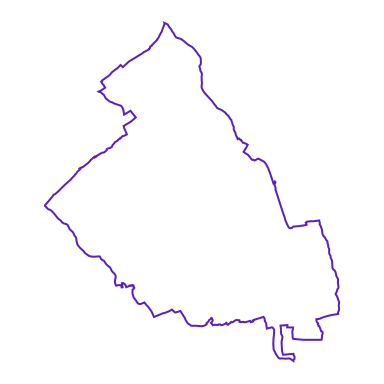 Dragomiresti, Bacau, Romania (Equal Earth projection)
{"feature_id": "2599482B49299083391810", "entity_name": "Dragomiresti", "entity_type": "district", "adm_level": 2, "iso_a3": "ROU", "parent_name": "Romania", "parent_adm1": "Bacau", "projection": "equal_earth", "projection_center": [27.362, 46.63], "detail": "fine", "context": "isolated", "style": "outline", "palette": "violet", "viewbox_px": 384, "rotation_deg": 0, "n_neighbors": 0, "source": "geoboundaries", "source_scale": "gbopen_adm2", "svg_char_len": 5966}
<svg xmlns="http://www.w3.org/2000/svg" viewBox="0 0 384 384"><path d="M329.3,253.7L329.1,253.0L329.2,249.0L328.3,247.0L328.2,245.5L327.5,242.8L327.3,241.1L326.1,239.8L325.0,237.6L323.4,235.8L322.8,234.7L322.4,233.4L322.0,229.7L320.4,225.3L319.8,224.8L319.7,224.4L319.8,222.8L319.5,221.7L319.0,221.0L319.1,220.5L313.0,221.3L310.9,221.2L307.3,221.6L306.8,221.8L305.8,222.7L306.4,224.0L306.7,224.3L306.5,224.9L305.6,224.9L305.3,225.2L298.2,226.2L293.3,226.6L292.0,227.8L290.5,228.2L289.4,227.9L288.6,227.2L287.0,224.1L285.2,220.0L285.2,219.5L284.2,216.0L283.4,214.1L275.6,189.9L275.5,188.6L275.6,187.8L274.6,185.3L274.5,184.6L275.2,183.0L275.4,182.0L274.9,181.5L274.5,182.3L273.4,183.3L269.7,172.1L268.7,170.1L268.5,168.8L265.9,163.8L264.1,161.7L258.5,158.7L258.0,158.7L254.7,160.5L253.7,159.9L252.3,159.9L251.5,159.2L248.5,155.4L247.6,154.6L244.2,152.5L243.6,151.9L246.3,147.6L247.7,144.7L246.4,143.9L242.8,142.6L241.5,140.7L241.3,140.3L241.1,140.5L238.9,138.4L238.4,138.6L237.8,139.2L237.7,139.1L237.0,137.1L236.7,136.9L235.8,134.8L235.4,132.7L234.6,131.5L234.0,130.0L233.7,129.1L233.7,126.6L232.6,124.6L232.5,123.7L231.5,121.0L231.4,120.0L230.2,118.9L229.3,117.2L227.9,115.4L227.3,115.0L225.9,113.5L225.3,112.6L221.7,110.1L217.5,108.2L216.8,107.6L215.7,105.8L213.5,103.2L212.4,101.4L205.2,93.6L204.0,92.1L202.5,89.6L201.6,87.6L201.7,84.8L202.0,83.0L201.7,80.9L201.6,76.6L201.9,74.6L201.9,73.9L201.5,72.5L200.7,71.5L200.3,70.5L200.2,69.0L199.3,66.3L200.6,64.5L200.8,64.0L200.9,62.3L200.7,58.3L199.7,56.2L197.9,54.2L197.3,53.0L194.1,49.0L192.2,47.0L188.6,45.0L185.6,42.6L183.7,40.9L181.0,39.0L176.6,37.6L176.1,37.3L175.2,36.2L173.5,33.1L172.1,31.3L170.9,29.0L169.4,27.3L167.7,24.4L164.4,23.0L164.6,23.5L164.5,24.0L161.4,32.3L161.0,32.7L158.1,38.3L157.1,39.5L157.2,39.8L152.3,44.7L152.4,44.9L151.5,45.9L150.2,46.5L150.1,47.8L148.9,48.9L149.0,49.4L144.8,51.7L143.5,52.2L142.6,53.2L129.1,61.4L122.9,67.1L120.5,65.0L117.1,68.6L116.7,68.6L111.6,72.5L110.7,73.8L108.8,75.8L105.6,77.9L104.3,79.0L102.7,79.9L102.1,80.5L102.2,81.0L101.1,81.8L103.1,84.7L103.5,84.9L104.1,85.7L104.3,86.5L104.9,87.1L105.2,87.7L100.6,90.8L99.4,91.1L98.6,91.6L100.8,92.4L102.7,94.1L103.7,94.7L105.9,98.5L109.3,101.2L110.9,102.1L112.1,102.3L114.0,103.4L121.1,105.8L122.3,107.4L123.1,109.1L123.8,112.3L124.1,114.6L130.5,110.8L135.8,117.4L131.0,121.6L123.6,126.0L124.2,128.1L126.9,134.4L124.0,135.9L123.1,136.0L122.0,136.6L121.2,137.7L120.3,137.8L120.2,138.6L118.4,139.5L118.0,140.1L117.1,140.9L114.7,142.3L114.4,143.0L112.3,145.4L112.0,146.7L111.7,147.0L110.1,148.0L107.9,148.5L106.7,149.2L106.7,150.2L104.0,152.5L101.8,152.8L96.2,156.1L96.4,156.5L94.7,157.5L94.3,156.8L91.3,159.5L88.7,162.4L87.5,163.4L83.3,166.7L82.5,167.0L81.7,167.5L80.8,167.7L79.5,168.5L80.2,169.1L77.2,171.9L76.3,173.5L75.1,174.4L74.5,175.5L72.1,177.9L71.2,179.1L64.2,185.4L58.2,191.4L55.4,193.9L53.5,194.8L52.4,196.6L49.3,200.3L45.0,205.3L44.9,205.8L48.1,209.1L50.8,210.2L53.3,212.6L58.1,218.6L60.6,220.4L62.2,222.5L62.9,222.8L63.7,223.4L66.2,224.1L67.4,224.7L68.4,226.4L69.6,229.1L73.2,232.5L74.4,235.5L76.0,237.5L76.2,238.2L76.6,241.3L77.1,243.5L77.9,245.3L79.2,246.9L80.5,248.3L83.7,251.2L85.2,253.2L89.3,256.1L91.9,256.6L93.6,256.7L99.6,256.4L100.4,257.4L100.9,258.8L102.4,260.1L103.9,260.7L106.0,263.9L106.9,264.9L110.2,267.6L112.0,271.3L114.1,273.4L115.1,274.7L115.5,275.6L115.7,276.3L115.7,277.6L115.1,279.6L114.9,281.8L115.0,282.7L115.7,285.1L116.2,285.7L118.4,285.1L120.5,285.1L121.4,285.9L121.6,287.4L122.6,287.3L121.9,283.2L123.1,283.0L124.0,283.8L124.4,283.8L124.7,284.1L125.4,285.3L125.6,285.3L126.2,287.2L129.5,286.0L129.4,285.6L131.2,285.3L131.2,285.8L131.6,285.8L132.1,285.1L132.5,285.0L133.2,285.3L133.6,285.8L133.4,286.8L134.2,287.3L134.3,287.9L133.5,289.0L132.5,289.6L132.5,293.6L133.7,297.6L135.2,299.4L137.9,303.5L139.8,304.1L140.9,303.9L144.4,302.5L146.4,305.0L148.0,306.6L151.5,311.4L154.0,317.0L163.1,313.2L164.3,313.1L169.0,311.3L171.9,309.6L174.7,312.2L175.4,312.5L180.4,311.0L185.0,318.3L185.4,319.6L187.7,323.4L188.7,323.9L190.6,325.4L191.3,325.7L192.5,325.8L195.5,325.7L201.0,326.2L203.5,325.9L205.3,325.2L206.6,324.4L206.4,323.5L208.6,321.2L208.8,320.6L209.3,319.9L210.6,319.1L211.3,317.9L211.8,318.1L212.7,320.1L212.3,321.5L211.0,322.8L212.5,324.7L212.8,325.2L213.9,324.8L217.9,325.0L218.5,324.4L219.0,324.3L220.4,324.6L221.0,325.2L222.4,325.0L225.8,323.5L226.2,322.9L226.5,322.8L226.6,323.0L226.9,324.2L227.5,324.6L228.2,324.6L228.9,323.8L229.7,323.5L230.9,322.0L231.2,321.9L231.5,322.3L231.9,322.4L232.5,322.2L233.9,321.5L234.8,320.6L236.9,319.9L238.1,320.3L239.4,320.2L239.6,320.7L239.6,322.0L241.3,322.1L242.8,321.8L245.1,322.3L250.1,320.9L251.0,322.2L253.2,321.4L253.2,321.2L252.8,320.5L254.2,320.0L254.1,319.8L263.5,316.9L264.4,318.1L265.0,321.4L266.1,323.2L266.8,328.6L272.0,327.3L273.3,328.3L273.9,329.4L274.1,330.0L274.2,331.7L273.5,338.9L273.3,343.4L273.6,349.4L276.0,354.1L277.7,356.8L278.3,357.6L279.1,358.2L280.0,358.6L282.3,358.4L285.6,358.7L289.5,358.4L290.7,359.0L293.4,361.0L293.5,360.0L294.4,359.1L294.6,357.5L294.4,356.4L293.6,355.0L293.4,353.8L283.1,354.8L282.8,354.0L282.0,350.8L281.6,343.0L281.6,341.3L282.3,338.4L282.5,336.8L281.9,335.3L281.1,334.0L280.9,328.5L280.5,325.6L287.4,325.1L287.2,327.4L293.1,327.5L293.0,328.9L292.6,330.1L292.3,332.2L292.6,334.8L292.6,337.0L292.8,337.9L293.2,338.9L303.2,339.8L321.6,339.8L322.1,336.3L322.1,335.2L322.7,333.3L322.4,331.8L321.7,331.3L321.2,331.3L319.6,326.9L319.0,326.0L318.6,326.1L318.3,324.9L317.9,324.3L318.1,324.0L318.1,323.5L316.9,322.2L316.5,320.7L316.4,319.2L319.7,318.8L322.2,317.6L327.8,315.9L331.6,315.0L338.2,314.0L338.0,312.5L338.7,311.1L339.1,309.3L339.1,307.7L338.7,305.7L339.1,301.9L338.1,299.6L337.3,296.9L335.6,294.0L336.9,291.3L337.4,289.4L338.3,288.1L338.5,287.1L337.9,283.1L338.0,279.4L337.8,278.5L337.0,277.4L336.4,276.1L335.4,271.7L334.5,270.3L333.4,269.6L332.9,268.8L332.4,267.2L332.1,261.1L332.0,260.6L330.6,257.8L330.6,256.1L330.4,255.6L329.3,253.7Z" fill="none" stroke="#5b21b6" stroke-width="2"/></svg>